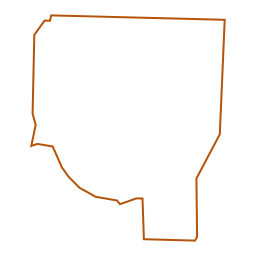 outline of Henderson, Tennessee, United States of America
{"feature_id": "52423323B24254636844315", "entity_name": "Henderson", "entity_type": "district", "adm_level": 2, "iso_a3": "USA", "parent_name": "United States of America", "parent_adm1": "Tennessee", "projection": "natural_earth1", "projection_center": [-88.459, 35.621], "detail": "fine", "context": "isolated", "style": "outline", "palette": "amber", "viewbox_px": 256, "rotation_deg": 0, "n_neighbors": 0, "source": "geoboundaries", "source_scale": "gbopen_adm2", "svg_char_len": 395}
<svg xmlns="http://www.w3.org/2000/svg" viewBox="0 0 256 256"><path d="M34.3,34.9L32.6,113.7L35.7,124.9L31.3,145.9L37.5,143.9L52.7,146.5L61.9,167.4L68.7,176.9L79.5,187.8L95.7,196.8L117.0,200.5L120.0,204.2L136.3,198.4L142.5,198.5L143.9,239.2L195.0,240.6L197.1,236.8L196.4,178.6L219.8,134.3L224.7,19.8L51.2,15.4L50.0,20.7L44.6,20.6L34.3,34.9Z" fill="none" stroke="#b45309" stroke-width="2"/></svg>